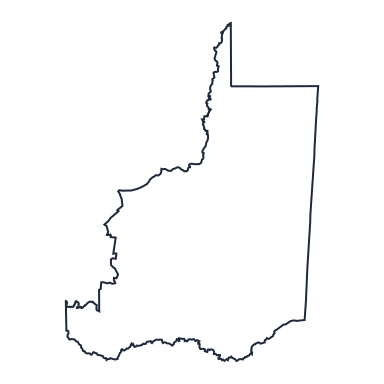 the district of Dolores, Petén, Guatemala
{"feature_id": "79465075B81519160116587", "entity_name": "Dolores", "entity_type": "district", "adm_level": 2, "iso_a3": "GTM", "parent_name": "Guatemala", "parent_adm1": "Petén", "projection": "robinson", "projection_center": [-89.465, 16.645], "detail": "fine", "context": "isolated", "style": "outline", "palette": "slate", "viewbox_px": 384, "rotation_deg": 0, "n_neighbors": 0, "source": "geoboundaries", "source_scale": "gbopen_adm2", "svg_char_len": 5964}
<svg xmlns="http://www.w3.org/2000/svg" viewBox="0 0 384 384"><path d="M318.2,86.1L265.1,86.4L231.5,86.3L231.1,86.0L230.8,23.0L230.1,23.2L229.7,24.0L229.0,24.3L229.1,25.2L228.9,25.6L227.8,24.9L227.5,25.1L227.4,26.5L226.2,27.1L226.2,28.5L225.3,28.9L224.1,30.5L223.3,30.9L223.1,32.0L221.4,32.1L221.2,33.0L222.5,33.7L221.8,35.5L221.9,36.8L221.5,38.0L222.1,38.7L221.9,41.1L221.4,42.5L220.8,43.1L219.1,43.3L219.1,44.7L217.8,45.6L217.5,46.7L216.3,47.8L214.4,47.5L214.1,47.7L214.3,49.4L214.9,50.4L216.1,51.4L216.4,52.1L214.5,58.6L215.3,60.3L217.4,62.0L217.4,63.5L216.9,64.6L217.0,65.7L218.5,66.0L218.7,66.7L217.9,68.7L218.1,71.2L217.2,71.9L214.6,71.9L213.5,72.8L214.4,77.5L212.3,79.3L212.3,79.8L212.8,80.5L212.4,81.5L212.3,83.8L210.8,85.5L210.1,87.5L210.2,89.6L210.8,91.1L210.8,91.6L208.7,93.5L208.3,96.1L208.8,97.2L209.5,96.8L209.9,96.1L210.2,96.2L209.5,97.9L209.7,98.4L210.7,99.2L210.5,99.6L209.4,99.2L208.4,99.4L208.1,100.3L207.1,100.6L206.1,102.7L207.4,103.7L206.9,105.3L207.0,105.8L208.6,107.7L208.7,109.1L209.8,108.9L210.8,109.4L210.1,110.6L209.0,111.3L209.0,112.6L208.2,113.2L208.0,115.2L207.6,116.3L206.7,115.6L206.1,116.3L204.3,116.3L204.1,119.3L202.2,119.4L202.8,120.1L202.5,120.4L202.6,120.9L204.3,121.7L204.4,122.2L202.9,123.1L203.0,124.9L203.6,125.3L204.0,127.7L204.4,128.1L204.2,129.2L205.2,129.8L205.6,130.9L206.9,130.7L207.5,131.0L207.0,131.8L207.6,133.0L206.8,133.5L206.6,133.9L206.8,134.3L207.6,134.4L207.9,134.9L208.1,137.0L207.9,138.8L207.4,140.8L206.4,142.4L205.5,146.4L204.1,148.0L202.3,151.3L202.5,152.7L203.6,152.9L203.7,153.5L203.0,155.2L203.5,156.9L203.2,158.7L202.0,159.5L201.2,162.6L199.5,164.1L194.7,164.2L191.3,163.7L189.6,164.3L189.1,164.7L189.1,165.7L190.1,166.7L189.9,167.3L189.0,167.4L188.2,168.0L187.6,170.5L186.7,171.2L185.0,171.1L184.4,171.4L183.0,170.2L180.9,169.2L179.8,167.9L178.2,167.3L177.3,167.3L174.9,168.5L172.9,169.1L171.0,170.9L168.2,170.7L165.5,169.1L163.9,168.9L162.5,169.4L161.4,168.9L161.1,172.7L160.3,174.0L158.2,175.5L155.7,175.2L154.1,176.7L152.4,177.3L151.4,178.5L150.1,179.3L149.2,181.2L147.0,184.0L142.7,186.5L137.8,188.7L131.4,190.5L122.2,190.7L119.5,190.2L118.2,191.3L119.9,194.1L121.0,197.6L121.6,198.5L122.5,205.9L117.3,210.1L118.5,211.2L110.4,218.1L108.4,221.1L104.5,224.4L104.9,224.6L104.9,225.0L106.5,225.8L108.2,231.9L106.9,234.9L107.7,235.0L108.5,234.5L109.5,235.1L110.2,234.7L110.5,235.6L110.9,235.6L110.7,237.1L115.7,237.6L113.3,253.7L115.0,253.4L116.4,253.6L115.7,258.8L112.7,258.3L111.0,259.3L110.9,262.5L111.1,265.1L113.6,267.7L114.8,268.3L118.1,274.6L116.4,278.2L113.9,277.9L113.9,280.6L114.6,281.2L115.2,283.2L112.2,283.8L110.1,282.7L107.2,283.3L103.1,282.2L101.2,282.4L100.7,288.9L99.1,289.8L99.2,311.3L97.9,310.5L97.2,310.5L96.5,309.4L96.4,308.5L96.7,307.8L96.4,306.8L96.8,305.2L94.3,303.5L94.1,303.0L93.4,302.8L92.5,301.6L91.5,302.0L90.2,301.6L88.8,302.1L87.0,303.5L86.2,304.7L84.9,305.3L84.8,305.9L84.1,306.1L83.0,307.4L82.2,307.7L81.7,308.2L81.0,307.8L81.1,306.9L80.8,306.8L79.7,307.2L79.0,307.0L78.5,307.7L76.9,308.0L76.8,307.4L78.1,306.9L78.7,305.6L78.4,304.8L78.8,303.9L78.3,302.5L77.8,302.2L76.4,301.8L76.2,301.2L75.6,301.4L75.1,302.7L75.3,303.6L74.1,304.7L74.3,305.4L72.9,307.0L72.0,306.6L70.8,307.2L69.2,306.7L68.3,307.0L67.2,306.6L66.5,305.9L66.6,304.1L67.2,302.8L65.8,300.3L66.4,330.7L67.9,330.8L68.3,331.2L68.5,333.4L68.0,334.4L67.6,334.8L67.4,336.6L68.8,338.3L68.8,338.9L70.0,339.6L71.3,339.0L74.7,339.5L76.1,341.3L77.8,341.8L79.1,344.3L81.0,345.6L81.1,347.4L82.4,348.9L82.9,350.8L83.4,351.2L84.7,351.2L85.4,352.6L86.2,353.3L89.7,353.4L91.2,354.8L92.0,354.2L93.2,352.3L93.9,352.2L95.3,353.1L96.6,353.3L97.6,354.9L100.3,355.3L102.9,356.2L103.5,357.5L104.3,358.2L106.1,358.2L106.6,360.0L108.1,358.9L109.4,359.0L110.4,358.2L114.0,359.3L115.9,359.5L116.7,359.0L117.6,358.9L117.6,357.9L119.3,354.8L119.6,353.4L121.0,351.9L121.2,349.9L121.7,349.4L122.5,349.3L123.1,350.4L124.1,350.5L125.6,349.6L126.6,348.5L127.9,348.7L130.6,346.2L130.8,344.9L131.4,344.0L131.5,344.4L132.3,344.9L133.1,344.0L134.5,346.9L135.8,346.6L136.7,345.6L138.5,345.9L142.0,345.0L143.0,343.8L143.9,343.7L144.1,344.0L145.2,344.0L145.8,343.8L146.5,342.4L147.1,341.8L150.8,341.2L151.2,342.6L152.0,343.1L153.5,341.1L156.6,339.6L158.6,339.9L159.9,339.5L161.8,339.8L162.5,342.5L163.0,343.1L164.1,342.3L166.0,342.6L167.2,343.4L169.3,343.5L172.2,345.6L172.5,345.6L173.0,344.5L173.9,344.0L174.0,342.7L176.4,340.9L176.8,339.1L178.0,339.3L178.9,341.1L179.4,341.0L179.4,340.1L178.5,338.9L178.8,338.2L182.2,338.9L184.2,338.9L184.6,339.6L184.7,341.1L186.0,340.6L186.8,341.3L187.4,341.2L187.8,340.4L189.4,339.1L191.4,339.6L193.9,339.1L195.5,341.1L197.0,340.1L197.8,340.4L198.5,341.1L199.4,341.2L199.3,341.8L198.3,342.2L198.2,343.8L199.5,343.9L199.7,345.0L199.4,347.2L200.4,349.1L203.1,348.7L204.8,349.3L205.0,350.0L204.8,351.2L206.2,351.5L207.1,352.1L207.3,352.0L207.7,349.7L208.7,349.5L209.8,350.1L210.4,349.5L211.5,349.4L213.2,350.0L213.9,351.1L213.9,354.0L215.6,353.8L216.9,355.3L218.9,354.9L220.0,355.1L219.9,355.9L218.4,358.0L218.4,358.8L218.9,359.0L220.9,358.6L221.9,360.1L223.0,359.5L224.3,360.9L226.9,359.1L227.9,360.1L228.6,357.8L229.0,357.4L230.0,357.7L231.1,357.2L231.4,356.7L232.1,357.7L235.5,359.5L236.2,360.8L236.6,361.0L237.9,360.3L238.9,359.3L241.2,359.1L242.8,359.5L243.2,358.5L244.6,358.0L244.8,357.2L245.6,356.9L246.4,357.1L247.4,356.0L248.9,355.7L250.6,353.3L251.3,353.4L251.9,354.1L252.1,352.3L251.1,350.9L251.2,349.9L251.7,349.2L251.5,348.6L251.6,347.1L252.7,345.6L254.2,344.4L255.2,344.2L255.5,343.5L256.7,343.3L257.6,342.5L259.4,342.7L260.1,343.5L261.2,343.5L264.7,342.4L264.8,340.3L265.5,340.1L266.9,338.1L268.0,338.9L269.5,338.6L271.3,337.0L272.5,336.5L273.1,335.8L273.4,334.4L274.5,333.3L274.2,331.6L274.7,331.1L275.8,330.0L276.2,330.0L283.7,324.5L285.7,324.4L290.6,321.1L293.8,320.4L296.8,320.9L304.6,320.0L305.9,301.7L307.4,267.4L310.2,222.2L310.4,214.3L314.4,154.8L314.4,150.8L316.2,117.3L316.7,111.6L316.7,108.4L317.5,100.6L317.2,100.3L318.2,86.1Z" fill="none" stroke="#1e293b" stroke-width="2"/></svg>